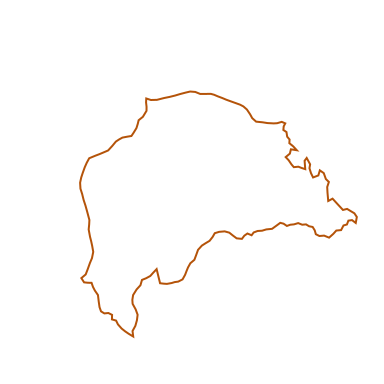 Aparecida de Goiânia, Goiás, Brazil, rotated 334°
{"feature_id": "56859067B28285807944734", "entity_name": "Aparecida de Goiânia", "entity_type": "district", "adm_level": 2, "iso_a3": "BRA", "parent_name": "Brazil", "parent_adm1": "Goiás", "projection": "robinson", "projection_center": [-49.254, -16.809], "detail": "fine", "context": "isolated", "style": "outline", "palette": "amber", "viewbox_px": 384, "rotation_deg": 334, "n_neighbors": 0, "source": "geoboundaries", "source_scale": "gbopen_adm2", "svg_char_len": 2555}
<svg xmlns="http://www.w3.org/2000/svg" viewBox="0 0 384 384"><g transform="rotate(334 192 192)"><path d="M303.4,168.3L298.7,167.5L295.6,166.2L290.0,163.1L286.0,160.3L280.5,156.9L278.5,152.0L278.3,147.7L277.5,141.9L275.7,137.6L273.5,134.6L270.2,131.2L266.0,126.9L263.2,124.0L260.4,120.8L257.0,117.2L254.5,114.3L251.9,112.0L247.4,109.9L242.3,107.4L238.8,103.5L234.4,100.9L230.0,99.9L224.0,98.7L219.1,97.9L213.5,96.7L208.1,95.3L200.9,93.8L195.4,91.3L191.9,87.9L190.0,91.3L188.5,95.5L186.7,99.1L180.8,102.9L175.5,104.1L173.2,106.9L170.1,110.2L165.4,113.2L162.1,115.1L158.1,113.9L153.3,112.6L149.5,112.8L145.7,113.3L140.4,115.7L134.8,117.9L128.8,117.6L125.3,117.4L121.0,117.0L114.4,116.6L110.2,119.6L106.4,122.8L101.9,127.2L98.8,130.4L95.5,134.6L93.2,140.1L92.4,145.6L91.1,151.7L90.3,157.5L89.2,163.5L88.4,167.6L87.5,172.2L85.4,176.0L82.7,180.4L80.7,187.6L79.8,192.0L78.7,196.5L77.0,202.5L73.1,207.6L69.1,211.1L64.4,215.7L60.3,219.5L54.8,220.9L55.4,225.9L58.6,227.9L61.9,229.6L61.4,233.9L61.5,238.0L62.3,243.4L60.2,249.4L58.4,255.0L57.9,259.4L60.0,262.7L63.8,264.1L66.3,267.4L64.2,271.4L67.4,274.3L67.4,278.5L68.9,283.9L70.8,287.9L72.9,291.6L75.8,296.1L77.6,290.9L82.4,287.5L86.3,283.1L89.3,278.5L89.9,272.9L89.6,266.5L91.1,262.8L93.9,258.8L99.5,255.3L104.8,253.2L108.5,249.1L113.0,249.4L117.7,249.2L121.6,247.6L126.4,245.8L123.3,260.0L126.4,262.0L129.2,263.6L133.8,264.9L137.0,265.4L140.3,266.5L145.2,266.4L149.5,263.4L152.5,260.6L155.3,258.1L159.3,255.3L164.4,254.0L168.0,250.6L172.1,246.6L177.4,244.5L181.7,244.0L186.4,243.6L190.9,241.4L194.4,239.0L198.9,239.7L204.1,241.7L207.7,244.9L209.7,249.1L211.8,253.2L216.3,256.0L219.9,254.2L223.6,253.6L226.6,257.0L229.7,255.4L233.9,255.8L238.0,257.5L242.4,258.2L247.8,260.2L253.5,259.2L257.8,258.4L260.4,260.6L262.4,264.1L266.0,264.5L269.5,265.8L273.8,266.5L276.7,269.7L280.3,271.1L282.2,274.1L285.1,276.3L285.5,280.3L284.8,284.2L287.2,287.4L291.6,289.1L295.2,293.1L300.6,291.6L304.8,289.9L309.3,291.6L313.5,288.5L317.0,289.1L320.0,286.3L323.5,287.4L325.6,291.6L329.2,286.7L328.6,282.3L326.5,279.1L324.0,275.2L319.8,274.3L317.6,267.0L315.4,259.6L310.5,259.8L313.5,252.0L315.7,246.8L319.4,243.0L318.0,239.0L318.7,232.8L316.4,228.6L312.8,232.5L307.2,232.0L307.2,227.3L308.0,222.1L310.3,218.9L310.0,211.7L306.9,213.3L305.3,217.3L303.8,221.1L301.1,218.5L298.7,215.9L294.4,214.3L293.5,210.8L292.8,205.8L291.5,201.7L296.8,200.4L299.6,197.0L304.5,200.4L303.0,195.4L300.9,190.8L302.7,187.6L301.8,184.0L303.2,179.5L301.3,176.3L303.2,173.2L305.9,171.2L303.4,168.3Z" fill="none" stroke="#b45309" stroke-width="2"/></g></svg>